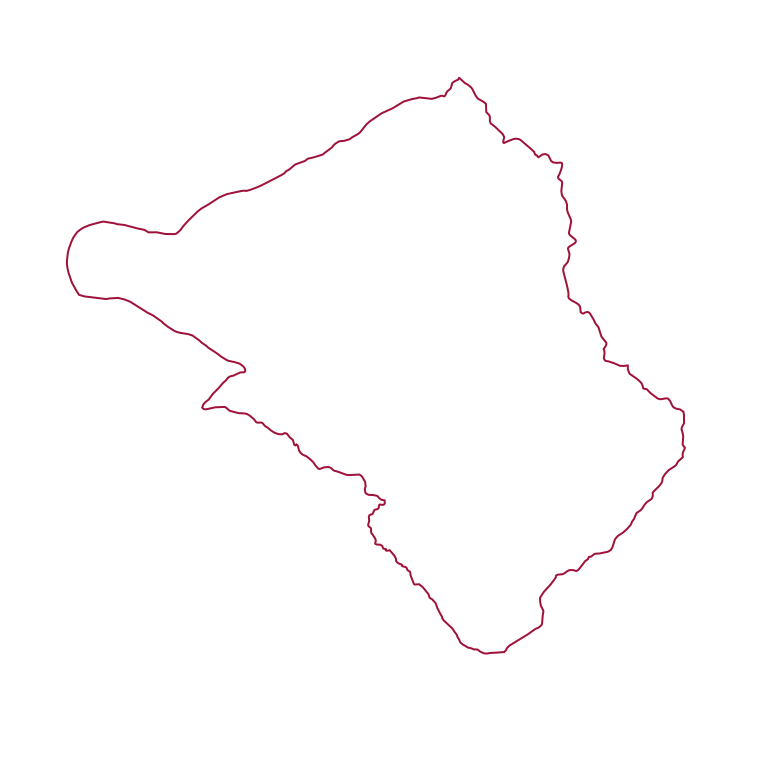 the district of Chinavita, Boyacá, Colombia, rotated 169°
{"feature_id": "7082276B18189760139189", "entity_name": "Chinavita", "entity_type": "district", "adm_level": 2, "iso_a3": "COL", "parent_name": "Colombia", "parent_adm1": "Boyacá", "projection": "mercator", "projection_center": [-73.337, 5.21], "detail": "fine", "context": "isolated", "style": "outline", "palette": "rose", "viewbox_px": 768, "rotation_deg": 169, "n_neighbors": 0, "source": "geoboundaries", "source_scale": "gbopen_adm2", "svg_char_len": 6158}
<svg xmlns="http://www.w3.org/2000/svg" viewBox="0 0 768 768"><g transform="rotate(169 384 384)"><path d="M628.3,596.9L631.0,597.0L642.4,596.2L649.0,594.9L652.5,593.6L656.4,591.5L660.9,587.2L663.8,583.2L667.9,576.3L669.5,572.6L671.9,564.8L672.4,561.8L672.6,557.8L672.4,552.9L671.0,543.0L668.2,534.4L666.3,529.7L661.5,527.2L640.5,520.4L636.5,520.3L628.5,519.2L622.8,516.6L617.6,513.3L602.5,499.1L597.8,495.5L590.0,487.4L589.4,486.2L585.3,481.5L579.7,476.1L577.4,474.6L574.0,473.0L566.6,470.3L562.7,468.1L556.8,461.8L555.2,459.5L551.2,455.4L549.5,453.1L542.1,445.9L538.7,442.0L534.2,437.8L532.0,436.3L526.9,434.2L522.8,432.1L521.1,430.8L518.7,428.0L517.5,425.3L517.7,423.4L518.4,422.5L519.3,422.2L522.8,422.8L530.0,421.0L533.6,420.8L535.9,420.0L538.5,417.7L542.2,415.5L546.2,412.2L554.1,406.8L559.0,402.2L562.6,400.4L565.2,398.5L567.0,395.5L565.6,393.7L563.6,393.1L553.9,393.3L544.8,391.9L543.4,390.8L541.0,387.5L540.1,386.9L532.2,383.1L526.8,381.8L524.4,380.8L522.3,379.1L520.0,376.3L518.5,374.4L516.8,371.1L515.7,370.2L512.3,369.7L510.7,368.9L508.9,365.5L506.8,363.6L504.0,360.2L501.3,357.5L498.2,355.5L496.2,354.6L492.9,354.0L491.4,354.7L490.7,354.7L488.7,353.7L486.8,349.8L484.1,346.4L483.7,341.5L482.8,340.7L482.3,340.7L481.6,341.4L480.7,340.5L480.3,339.5L480.1,334.8L478.9,332.1L477.2,330.1L473.9,327.8L470.8,324.2L468.5,320.9L466.7,316.9L464.8,313.6L463.5,312.9L461.4,313.1L459.1,313.6L454.4,313.2L452.0,311.6L450.4,309.3L449.4,308.4L446.7,307.1L438.3,302.1L435.8,301.3L425.5,299.8L423.9,298.4L423.0,296.9L421.2,291.5L421.5,287.0L422.7,285.2L423.0,283.7L423.0,281.0L422.4,279.8L420.4,278.2L415.3,276.9L412.8,275.8L411.9,275.3L409.6,271.7L408.4,270.8L405.6,269.6L406.0,266.6L407.0,265.7L408.6,265.6L411.0,266.5L411.6,266.4L413.1,263.1L414.2,262.4L417.0,262.4L417.6,262.0L419.9,258.7L420.6,258.4L422.3,258.4L423.4,257.9L424.2,256.6L424.7,252.3L426.5,248.6L426.2,247.2L424.4,245.1L424.3,244.0L424.9,241.9L424.7,239.6L423.7,237.9L422.0,233.4L422.0,231.4L423.0,229.7L422.9,228.6L421.5,227.7L418.5,227.0L417.1,225.9L416.6,225.3L416.1,222.6L413.6,221.4L414.0,220.7L413.6,220.0L412.4,219.7L410.1,219.7L406.5,213.4L405.6,210.1L405.9,207.9L405.3,206.7L404.1,205.2L401.1,203.4L400.8,202.9L401.1,202.1L400.8,201.7L397.7,200.1L397.0,199.4L396.3,196.6L394.5,195.0L394.2,194.2L394.4,191.0L392.8,182.1L392.0,181.3L387.7,180.7L384.7,177.1L380.4,169.1L380.0,165.5L377.7,163.3L375.1,158.9L374.4,153.9L372.2,146.4L371.5,144.8L371.5,142.9L370.5,140.6L363.4,130.7L362.1,127.4L360.4,123.9L360.2,122.0L358.8,118.1L358.6,116.4L358.3,115.6L356.6,113.5L351.8,109.2L349.5,108.3L346.0,106.1L345.2,106.2L342.6,105.3L340.7,103.0L337.4,100.6L334.6,99.8L331.0,99.7L317.2,97.9L314.9,99.5L313.8,101.2L311.0,103.2L290.4,110.9L282.1,114.7L279.4,115.2L276.8,116.3L275.0,117.8L274.2,119.8L272.4,126.4L271.0,130.1L270.9,131.5L272.3,136.2L272.3,139.9L272.0,142.4L271.5,144.5L266.8,149.4L258.7,155.4L252.9,160.7L252.3,161.3L251.9,162.7L251.5,163.2L249.9,163.7L245.1,163.2L242.6,163.9L240.0,165.2L237.5,165.9L234.0,165.3L230.9,163.7L229.1,164.3L226.7,166.1L220.4,171.7L217.2,173.2L215.8,175.2L213.7,175.0L210.2,176.9L209.2,177.1L204.7,176.5L196.4,176.6L193.3,177.6L191.2,179.7L187.1,187.1L185.6,188.6L183.5,190.2L177.6,192.6L173.6,195.0L171.0,196.9L168.6,198.8L166.9,201.4L164.3,203.9L160.7,209.2L157.0,210.7L154.9,212.0L150.9,216.1L148.7,217.8L143.4,220.1L142.6,220.9L141.5,222.9L141.0,226.0L138.9,227.7L133.9,230.9L130.6,233.7L129.3,235.8L128.4,238.6L125.4,241.9L120.9,245.2L115.1,247.5L112.7,248.7L110.3,251.7L104.7,255.1L104.3,257.9L103.5,260.0L100.9,263.6L100.8,264.3L101.6,265.4L102.4,267.7L100.2,275.7L100.3,281.0L100.6,282.3L100.1,284.3L96.9,288.3L95.4,297.0L95.4,299.7L98.3,302.6L102.0,304.1L104.3,305.9L105.3,308.2L106.3,312.4L107.7,315.2L108.9,315.9L110.2,316.1L115.8,316.3L118.2,317.6L124.3,324.4L127.0,328.7L130.3,330.1L130.6,334.1L131.0,335.4L132.6,338.1L135.2,341.3L140.8,347.0L141.3,348.5L141.8,351.8L141.2,355.7L145.4,356.0L149.0,356.9L154.2,360.5L159.2,363.3L162.2,364.5L163.0,365.9L163.2,367.7L161.6,372.2L161.4,374.4L161.7,376.1L161.5,376.7L159.6,378.4L158.2,380.3L157.9,382.1L161.5,389.0L162.7,399.0L164.9,403.0L166.0,407.5L168.3,413.8L169.5,415.4L170.7,415.9L172.8,415.8L175.0,415.1L176.4,415.9L177.2,417.2L176.8,421.8L176.9,422.9L177.7,424.6L179.6,426.7L184.1,430.4L186.0,432.6L186.4,433.6L186.4,434.5L185.9,436.2L185.5,438.7L185.6,445.9L186.5,460.3L186.1,462.8L184.8,465.1L181.3,467.8L180.2,468.9L178.3,472.5L177.1,476.1L177.6,481.6L177.1,482.7L175.9,483.5L170.4,485.6L169.1,486.4L168.5,487.3L168.4,488.4L168.8,489.5L172.8,494.2L173.5,495.6L173.7,497.0L169.6,506.8L169.2,508.0L169.2,509.7L170.9,517.5L171.0,520.7L170.1,525.0L170.4,528.0L170.8,529.6L173.0,534.4L173.3,536.0L173.1,539.6L170.7,547.5L170.7,548.6L171.2,549.6L173.1,551.7L173.7,552.9L173.7,554.1L171.6,556.7L169.1,560.8L167.8,563.5L167.1,566.0L167.3,567.0L168.6,567.7L171.9,568.0L175.8,569.3L177.4,571.1L179.1,577.1L181.6,578.9L184.7,579.1L187.9,577.6L189.3,577.2L190.5,579.5L191.5,580.0L192.0,580.9L192.3,583.1L194.6,586.4L203.3,597.4L205.1,598.8L208.0,599.7L210.2,599.7L215.2,598.9L220.0,597.7L220.6,597.9L220.9,598.7L218.9,603.5L219.7,606.5L225.8,615.2L229.4,619.2L229.7,620.3L229.9,622.0L229.2,625.3L229.2,627.5L231.7,631.5L230.5,639.5L232.3,641.9L237.4,646.2L238.9,649.3L241.2,657.2L242.0,658.7L244.8,662.0L247.3,664.1L251.3,669.6L252.0,670.1L253.0,668.7L257.2,667.6L259.5,666.5L261.9,661.8L262.7,661.0L266.0,659.2L267.4,657.7L269.0,655.3L270.2,654.9L272.0,655.9L273.1,656.0L278.8,655.0L282.7,654.8L294.9,658.6L296.0,658.3L302.6,658.3L310.8,657.5L323.0,653.0L334.7,650.2L347.9,644.5L351.6,642.3L359.7,635.4L361.7,634.4L367.8,632.4L371.2,630.8L376.5,630.3L381.7,630.8L385.7,629.3L387.9,628.0L390.0,626.1L398.4,622.1L400.3,620.9L409.8,619.9L415.7,619.7L419.1,618.0L429.1,616.5L436.2,612.6L439.6,611.5L441.5,609.9L445.3,608.5L466.6,602.3L471.2,601.3L477.5,600.2L481.9,599.8L482.5,599.8L482.9,600.2L486.8,600.7L501.7,600.4L509.9,598.7L522.2,593.7L530.0,591.0L534.2,588.8L544.6,582.0L550.8,577.4L554.5,573.9L558.1,571.8L559.7,571.1L561.7,571.2L570.1,573.0L578.2,576.3L586.2,577.8L589.9,581.1L596.2,583.7L608.4,589.6L615.7,591.9L617.7,593.1L628.3,596.9Z" fill="none" stroke="#9f1239" stroke-width="2"/></g></svg>